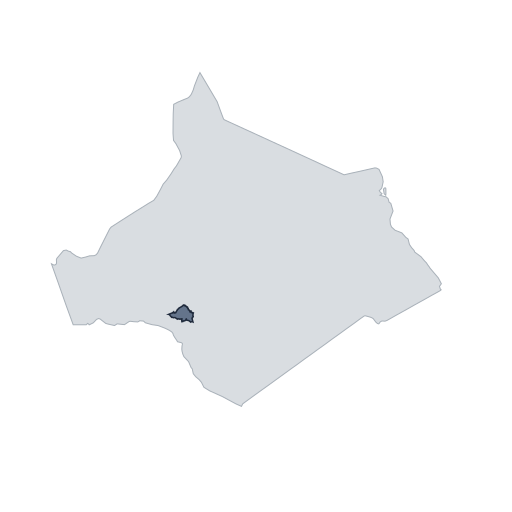 Sigor, Rift Valley, Kenya shown in context, rotated 295°
{"feature_id": "3690345B8359999090101", "entity_name": "Sigor", "entity_type": "district", "adm_level": 2, "iso_a3": "KEN", "parent_name": "Kenya", "parent_adm1": "Rift Valley", "projection": "orthographic", "projection_center": [35.563, 1.576], "detail": "fine", "context": "in_parent", "style": "filled", "palette": "slate", "viewbox_px": 512, "rotation_deg": 295, "n_neighbors": 0, "source": "geoboundaries", "source_scale": "gbopen_adm2", "svg_char_len": 6168}
<svg xmlns="http://www.w3.org/2000/svg" viewBox="0 0 512 512"><g transform="rotate(295 256 256)"><path d="M113.6,306.4L113.5,300.3L114.4,284.8L114.2,271.1L115.0,264.3L118.4,260.0L119.9,256.8L121.1,252.4L122.8,248.9L126.8,245.9L127.5,244.3L131.8,239.5L134.3,233.2L136.2,231.1L138.6,229.1L140.3,228.1L143.1,227.0L145.3,226.5L145.7,226.0L145.9,224.9L145.1,221.1L146.1,219.8L147.6,217.2L149.2,214.8L150.8,213.3L151.6,211.7L152.0,208.9L152.1,207.0L152.1,203.8L151.6,196.7L149.8,190.7L148.7,183.9L149.5,181.7L148.1,177.8L147.4,177.6L146.3,176.7L144.8,173.0L143.7,169.6L143.0,168.7L138.2,165.8L135.8,158.8L133.2,157.2L131.7,150.3L131.4,148.3L133.0,141.4L132.8,139.8L131.2,138.3L126.7,136.8L123.1,133.9L123.6,133.0L123.8,131.9L121.9,131.2L116.4,119.4L123.5,112.3L130.8,105.0L140.1,95.9L148.6,87.6L156.0,80.3L162.5,73.9L162.4,75.1L162.4,76.8L163.2,77.8L164.6,78.4L166.4,77.7L168.1,76.7L169.7,76.5L179.5,79.2L181.2,81.5L181.1,84.0L181.5,85.9L180.8,87.7L179.9,93.3L180.2,98.4L183.1,102.1L185.8,105.1L187.9,109.2L189.4,110.5L191.6,111.2L198.4,111.3L208.4,111.6L218.1,111.9L219.0,112.0L221.0,112.5L229.9,118.1L238.1,123.3L245.0,127.7L251.7,132.1L258.2,136.3L263.2,139.8L268.2,140.8L276.3,141.3L281.9,141.5L287.1,143.0L294.7,144.3L300.5,145.0L303.9,145.8L313.5,146.6L315.1,146.1L319.3,142.2L324.0,135.9L325.9,132.4L332.0,129.0L342.7,124.1L350.3,120.7L358.7,117.3L362.5,120.2L367.8,125.0L370.2,127.3L372.1,128.3L375.0,129.0L378.4,129.0L380.3,128.9L384.2,128.3L393.3,127.7L398.5,127.7L394.2,134.0L389.0,141.6L379.4,155.6L372.1,162.9L366.6,168.5L366.1,169.5L366.1,175.6L366.2,190.7L366.4,220.9L366.6,251.1L366.7,281.3L366.8,296.4L366.8,301.5L371.7,307.8L376.4,314.0L382.7,322.1L386.1,326.5L386.6,328.0L386.5,330.9L381.2,337.1L377.0,339.9L371.2,341.2L369.5,341.0L367.3,340.1L366.4,341.6L365.7,343.9L364.5,343.4L363.5,342.7L364.1,346.8L364.6,348.8L363.8,351.5L361.0,353.9L360.7,355.9L354.7,361.2L346.1,361.8L341.6,364.4L339.6,366.5L338.1,371.2L338.6,378.4L336.2,383.9L335.7,386.6L331.3,390.2L329.3,393.5L327.9,396.8L326.6,398.3L325.1,405.8L323.0,410.3L322.4,411.8L321.9,413.2L320.3,415.8L319.3,417.7L318.5,418.9L313.2,430.5L309.2,435.7L306.0,435.1L303.8,437.2L303.6,438.1L302.5,437.6L299.8,435.7L294.4,431.7L288.9,427.8L283.5,423.9L278.0,419.9L272.5,416.0L267.1,412.1L261.6,408.1L256.1,404.2L252.9,401.9L251.5,400.5L250.4,397.8L249.8,397.1L248.4,396.3L246.7,396.1L246.2,395.6L246.2,394.3L246.8,392.4L248.8,388.7L249.0,386.6L248.7,384.2L248.0,380.3L247.5,379.5L243.9,377.4L236.2,373.2L228.6,368.9L221.0,364.7L213.4,360.4L205.7,356.2L198.1,351.9L190.5,347.7L182.9,343.4L175.2,339.2L167.6,334.9L160.0,330.7L152.3,326.4L144.7,322.2L137.1,317.9L129.4,313.6L121.8,309.4L118.9,307.8L116.3,306.4L113.6,306.4ZM367.2,347.5L365.9,347.9L366.6,345.8L370.5,343.2L372.1,343.8L372.4,344.4L372.3,344.9L371.6,345.4L367.2,347.5Z" fill="#d9dde1" stroke="#a8b0b8" stroke-width="1"/><path d="M166.9,215.4L166.2,216.0L165.9,216.2L165.1,216.6L165.2,216.8L165.5,216.9L165.6,217.1L165.9,217.4L166.0,217.4L166.0,217.5L166.3,217.5L166.5,217.6L166.6,217.9L166.7,218.0L166.9,218.5L167.0,218.6L167.3,218.8L167.5,219.1L168.7,219.4L169.1,219.4L169.5,219.4L169.5,219.5L169.4,219.6L169.2,219.6L168.9,219.7L168.7,219.8L168.5,220.2L168.6,220.6L168.7,220.9L168.8,221.2L168.9,221.7L169.0,222.3L169.0,222.9L168.5,224.7L168.9,224.8L169.0,225.1L169.3,225.8L169.4,226.0L169.6,226.3L169.6,226.7L170.8,225.7L172.4,224.4L172.9,224.5L172.9,224.4L173.2,224.3L173.3,224.3L173.6,224.3L174.0,224.6L174.6,224.7L174.8,224.6L174.9,224.4L175.0,224.3L175.2,224.2L175.4,224.1L175.5,224.0L175.5,223.9L175.9,223.8L176.4,223.6L177.0,223.4L177.5,223.3L177.9,223.3L177.9,223.2L178.0,223.0L178.0,222.9L177.9,222.9L177.8,222.7L177.6,222.5L177.7,222.4L177.6,222.1L177.5,221.9L177.7,221.7L177.8,221.5L177.7,221.4L177.8,221.3L177.8,221.2L178.0,221.1L178.1,220.9L177.9,220.8L177.9,220.7L178.1,220.5L178.0,220.4L178.4,220.3L178.3,220.2L178.2,220.2L178.4,220.0L178.3,219.9L178.2,219.8L178.2,219.7L178.3,219.6L178.2,219.4L178.3,219.3L178.3,219.1L178.2,219.1L178.4,218.9L178.4,218.7L178.5,218.6L178.7,218.4L178.8,218.3L178.8,218.2L178.7,218.0L178.7,217.9L178.7,217.7L178.8,217.7L179.0,217.5L179.0,217.4L179.1,217.2L179.3,217.0L179.5,216.8L179.5,216.6L179.8,216.6L179.8,216.4L180.0,216.2L180.2,215.9L180.2,215.6L180.4,215.6L180.4,215.3L180.4,215.2L180.5,215.0L180.6,214.9L180.6,214.7L180.7,214.2L180.8,214.3L180.8,214.2L181.0,213.9L180.8,213.6L180.9,213.4L180.9,213.2L181.0,213.0L181.1,212.9L180.8,212.6L180.8,212.4L181.1,212.3L181.2,212.2L180.9,212.0L180.8,211.9L180.7,211.8L180.7,211.6L180.9,211.5L180.9,211.4L180.8,211.2L181.0,211.2L180.9,210.9L180.5,210.9L180.4,210.8L180.2,210.7L179.9,210.6L179.5,210.4L179.4,210.4L179.2,210.3L179.1,210.2L178.9,210.0L178.7,210.0L178.6,209.9L178.3,209.7L178.1,209.5L178.0,209.4L177.8,209.3L177.6,209.2L177.4,209.1L177.2,208.9L176.9,208.6L176.7,208.5L176.6,208.4L176.4,208.3L176.2,208.3L176.2,208.2L175.9,208.1L175.7,208.0L175.4,208.0L175.2,207.9L174.9,207.8L174.7,207.8L174.6,207.7L174.4,207.6L174.3,207.4L174.2,207.4L173.9,207.5L173.7,207.5L173.5,207.4L173.4,207.4L173.2,207.5L173.0,207.4L172.9,207.4L172.6,207.3L172.4,207.3L172.2,207.3L171.8,207.3L171.7,207.3L171.6,207.2L171.4,207.1L171.1,207.2L170.9,207.2L170.7,207.2L170.8,207.2L170.7,207.2L170.7,206.9L170.5,206.7L170.4,206.7L170.3,206.4L170.2,206.4L170.2,206.2L169.9,206.1L169.9,205.9L169.9,205.7L170.0,205.6L169.8,205.6L169.8,205.4L170.0,205.3L169.9,205.2L170.0,205.1L169.9,205.1L169.8,204.8L169.8,204.7L169.7,204.7L169.4,204.6L169.3,204.4L169.1,204.4L169.1,204.2L166.2,201.5L166.3,201.9L166.3,202.0L166.2,202.1L166.2,202.3L166.2,202.5L166.2,202.8L165.9,203.1L165.7,203.3L165.4,204.0L165.3,204.3L165.2,204.7L165.1,204.9L165.1,205.0L164.9,205.2L165.1,205.3L165.1,205.5L165.0,205.9L165.0,206.0L165.2,206.5L165.1,207.0L165.2,207.3L165.3,207.5L165.5,207.7L165.7,208.0L165.8,208.3L165.9,208.5L166.0,208.7L166.0,208.9L165.6,210.9L165.5,211.4L166.2,211.8L166.2,212.4L166.3,212.7L166.5,213.1L166.6,213.3L166.5,213.6L166.7,213.8L166.8,213.9L166.8,214.0L166.9,214.3L167.2,214.5L167.3,214.7L167.3,214.8L167.4,215.0L167.5,215.1L167.7,215.3L167.7,215.5L167.4,215.5L167.3,215.4L167.2,215.5L167.1,215.4L166.9,215.4Z" fill="#64748b" stroke="#1e293b" stroke-width="1.5"/></g></svg>